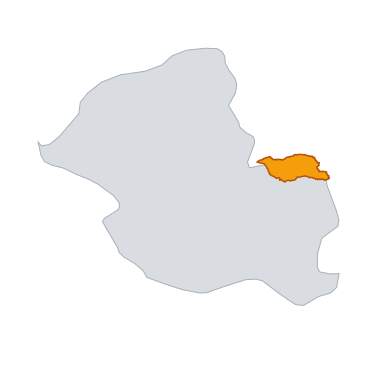 location of Gisagara, Southern, Rwanda, rotated 255°
{"feature_id": "39286606B87181547360532", "entity_name": "Gisagara", "entity_type": "district", "adm_level": 2, "iso_a3": "RWA", "parent_name": "Rwanda", "parent_adm1": "Southern", "projection": "robinson", "projection_center": [29.795, -2.608], "detail": "fine", "context": "in_parent", "style": "filled", "palette": "amber", "viewbox_px": 384, "rotation_deg": 255, "n_neighbors": 0, "source": "geoboundaries", "source_scale": "gbopen_adm2", "svg_char_len": 6552}
<svg xmlns="http://www.w3.org/2000/svg" viewBox="0 0 384 384"><g transform="rotate(255 192 192)"><path d="M152.2,106.0L156.7,105.9L186.3,97.9L189.2,100.4L194.0,115.9L196.5,118.2L200.6,118.8L208.9,115.2L224.1,103.0L230.8,95.7L238.6,85.3L248.6,73.6L254.2,63.4L259.6,57.4L266.8,55.6L274.7,56.1L280.1,56.2L275.6,58.7L274.7,66.2L279.9,78.1L296.9,102.9L307.7,107.4L314.7,117.0L321.6,133.2L323.7,153.5L320.8,177.9L322.5,196.0L328.7,207.9L330.4,223.3L327.4,242.3L323.8,253.6L319.5,257.4L314.7,258.8L308.2,257.5L300.2,259.1L291.5,262.7L286.1,263.2L282.7,262.5L276.3,259.5L266.2,249.7L247.4,255.1L242.3,255.0L235.3,259.6L229.7,265.3L226.3,265.8L222.8,265.0L206.6,253.4L200.6,253.8L198.2,286.3L195.5,304.3L192.1,312.3L180.5,320.1L168.8,324.5L162.4,324.2L136.7,326.6L126.6,326.6L121.1,324.0L113.9,305.6L100.2,297.4L87.1,293.6L81.8,294.6L77.1,304.3L75.1,312.9L62.4,307.0L58.6,299.7L58.3,287.3L53.6,270.4L56.2,263.2L61.2,258.6L71.7,249.6L87.7,237.3L91.2,231.4L93.4,221.5L92.4,198.7L90.9,179.4L92.8,172.5L100.1,157.6L109.9,142.3L121.3,126.2L128.2,124.6L137.3,118.5L146.8,109.4L152.2,106.0Z" fill="#d9dde1" stroke="#a8b0b8" stroke-width="1"/><path d="M189.1,271.5L188.4,272.1L188.2,272.5L187.6,272.9L187.4,273.0L187.2,273.3L186.8,273.7L186.7,273.9L186.3,274.3L186.2,274.5L185.9,275.1L185.6,275.2L184.6,276.0L184.4,276.3L184.1,276.4L183.8,276.8L183.7,276.8L183.6,277.0L183.4,277.1L183.3,277.5L183.4,278.2L183.3,278.3L183.5,278.7L183.5,279.0L183.3,279.7L183.0,279.9L182.9,280.1L182.5,280.3L181.8,280.2L181.6,280.0L181.3,279.9L181.1,279.7L180.9,279.6L180.8,279.8L180.7,280.2L180.7,280.6L181.1,281.0L180.9,281.4L180.5,281.8L180.1,282.0L179.9,282.1L179.5,282.2L179.1,282.8L178.8,283.4L178.7,283.6L178.2,283.7L177.7,284.1L177.8,284.6L178.3,285.8L178.4,286.4L178.4,287.2L178.2,288.4L177.9,289.0L177.3,289.7L177.3,291.1L177.2,292.1L177.2,292.7L177.0,293.6L177.0,294.1L177.2,294.8L177.5,295.1L177.7,295.6L178.4,296.7L178.7,296.9L179.0,297.3L179.1,297.9L179.1,298.2L178.8,298.6L178.8,298.8L178.7,299.0L178.6,299.5L178.6,299.9L178.5,300.1L178.6,301.3L178.4,303.2L178.4,303.4L178.4,303.5L178.4,303.9L178.3,304.3L178.2,305.2L178.1,305.6L178.0,305.9L177.9,306.2L177.3,307.0L177.0,307.7L176.6,308.0L176.3,308.4L176.1,308.5L175.6,308.9L175.4,309.2L175.4,309.5L175.3,310.2L175.1,311.5L174.9,311.8L174.5,312.2L174.5,312.3L174.2,312.5L174.0,312.8L174.0,313.0L173.9,313.2L173.7,313.6L173.4,313.8L173.3,314.1L172.7,314.4L172.5,314.7L172.3,314.8L172.4,315.1L172.3,316.2L172.1,316.5L171.9,316.7L171.6,316.7L171.8,317.0L171.7,317.2L171.8,317.3L171.6,317.7L171.4,317.9L171.4,318.0L171.4,318.5L171.1,318.6L171.1,319.0L170.9,319.2L170.8,319.4L171.1,319.7L171.0,319.9L171.1,320.2L170.8,320.5L170.8,321.1L170.7,321.1L170.6,321.3L170.3,321.5L170.1,321.8L169.9,322.1L169.9,322.5L169.8,322.4L169.7,322.5L169.5,322.9L169.3,323.0L169.3,323.6L169.2,323.8L169.0,324.0L169.0,324.7L168.8,324.9L168.8,325.0L168.9,325.3L169.0,325.3L169.2,325.7L169.3,326.0L169.3,326.4L169.3,326.7L169.2,327.0L169.7,327.1L169.8,327.3L169.7,327.6L170.2,328.4L170.3,328.4L170.5,328.2L171.1,328.0L171.2,327.8L171.3,327.9L171.6,328.1L171.9,327.9L172.1,327.8L172.2,328.1L172.3,328.2L172.7,327.7L172.8,327.8L173.3,327.2L173.5,327.1L173.9,327.2L174.1,327.1L174.4,327.1L174.9,326.9L175.3,326.5L175.6,326.7L175.8,326.9L176.1,327.2L176.5,327.1L176.9,326.5L177.0,326.2L177.4,325.7L177.5,325.2L177.9,324.5L177.9,323.6L178.1,323.4L178.0,323.1L178.2,322.4L178.5,322.2L178.6,321.9L178.7,321.4L178.5,321.0L178.7,320.5L178.7,320.3L179.1,320.0L179.3,320.3L179.4,320.2L179.6,320.2L179.9,320.1L180.6,320.0L181.0,320.1L181.3,320.0L181.4,319.9L181.5,319.6L181.8,319.5L181.9,319.2L182.2,318.9L182.7,318.9L183.0,319.1L183.4,319.1L183.5,319.2L183.8,319.2L183.7,319.4L183.8,319.6L184.0,319.8L184.1,320.1L184.3,320.7L184.5,321.1L184.7,321.4L184.9,321.3L185.1,321.5L185.3,321.4L185.7,321.7L185.8,321.7L186.2,321.6L186.5,321.9L186.6,322.1L187.2,322.5L187.3,322.5L187.3,322.3L187.2,322.0L187.5,321.6L187.4,321.5L187.7,321.5L187.9,321.1L188.0,321.0L188.1,320.9L188.2,320.6L188.3,320.6L188.6,320.7L188.9,320.5L189.3,320.5L189.9,320.3L190.2,320.1L190.3,319.7L190.5,319.8L190.9,319.8L191.1,319.7L191.2,319.4L191.6,319.3L192.0,319.2L192.6,319.4L193.1,319.4L193.2,319.2L193.5,319.2L193.8,318.7L194.0,318.6L194.0,318.4L193.8,318.4L193.7,318.3L193.7,318.0L193.7,317.9L194.1,318.0L194.7,317.8L194.9,317.6L195.0,317.7L195.3,317.5L195.7,317.1L195.6,316.8L195.4,316.7L195.7,316.4L195.7,315.9L195.6,315.6L195.7,315.2L196.0,315.1L196.0,314.8L196.3,314.5L196.5,314.5L196.6,314.2L196.8,313.9L196.9,313.7L196.9,313.2L197.2,312.8L197.4,312.7L197.7,312.3L197.8,312.3L198.0,312.1L198.2,311.6L198.3,311.0L198.5,311.0L199.1,310.2L199.1,309.8L199.1,309.6L199.2,308.8L199.7,308.1L199.9,307.7L199.9,307.4L200.1,307.1L200.1,306.7L200.5,305.5L200.5,304.6L200.7,304.4L200.8,304.0L200.6,303.6L200.5,303.2L200.9,302.9L201.0,302.5L201.1,302.4L201.2,302.2L201.5,300.7L201.3,300.1L201.0,299.8L200.7,299.8L200.5,299.4L200.5,299.0L200.7,298.6L200.7,298.3L200.8,297.9L200.7,297.6L200.8,297.4L200.7,296.9L200.8,296.1L200.8,295.7L200.7,295.5L200.8,295.4L200.7,294.7L200.8,294.6L200.9,294.1L200.8,293.5L200.8,293.3L200.9,293.1L200.9,292.7L200.8,292.2L200.8,291.9L200.6,291.2L200.4,290.9L200.1,290.7L200.0,289.9L199.9,289.3L199.6,288.9L199.6,288.5L199.6,288.3L199.4,288.1L199.4,287.6L199.6,287.4L199.7,287.2L199.9,287.1L200.0,287.0L200.1,286.3L200.4,286.0L200.5,286.0L200.6,285.9L200.5,285.2L201.0,284.5L201.2,284.1L201.3,283.5L201.4,283.0L201.4,282.7L201.4,282.3L201.2,281.9L201.4,281.9L201.5,281.8L201.7,281.6L201.7,281.4L201.9,281.1L201.9,280.8L201.8,280.6L201.9,280.4L202.0,279.8L202.2,279.5L202.2,279.1L202.5,278.8L202.4,278.6L202.7,278.4L203.5,278.2L203.8,277.5L204.0,277.4L204.2,277.2L204.4,277.3L204.6,277.2L204.9,277.1L205.1,277.2L205.3,277.1L205.5,276.8L205.7,276.7L205.9,276.3L205.8,276.2L205.9,275.6L206.0,275.1L206.0,274.9L205.8,274.7L205.7,274.3L205.9,273.6L205.9,273.3L206.0,273.0L206.2,272.7L206.1,272.4L205.9,272.1L206.0,271.8L205.9,271.4L205.7,271.2L205.6,270.9L205.8,270.6L205.8,270.3L205.7,269.8L205.4,269.5L205.5,269.2L205.2,269.0L205.1,268.8L205.2,268.6L205.1,268.4L205.1,267.9L205.0,267.6L205.0,267.3L204.9,267.0L205.1,266.8L205.0,266.6L205.0,266.3L205.0,266.2L205.0,265.8L205.1,265.4L204.9,265.1L204.7,264.1L204.5,263.7L204.1,262.7L203.7,263.3L202.3,265.4L201.6,267.2L201.2,268.1L200.4,269.0L200.1,269.3L199.7,269.5L199.0,269.6L198.1,270.0L196.8,270.5L195.8,270.5L195.6,270.5L195.0,270.9L194.3,271.2L193.2,271.3L192.1,271.1L191.6,271.3L191.3,271.3L191.0,271.6L190.6,271.6L190.0,271.8L189.3,271.5L189.1,271.5Z" fill="#f59e0b" stroke="#b45309" stroke-width="1.5"/></g></svg>